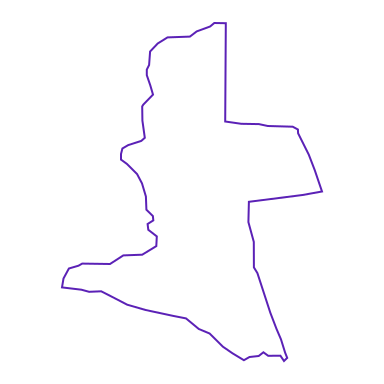 Maïné-Soroa, Diffa, Niger (orthographic projection)
{"feature_id": "23599985B74336618625682", "entity_name": "Maïné-Soroa", "entity_type": "district", "adm_level": 2, "iso_a3": "NER", "parent_name": "Niger", "parent_adm1": "Diffa", "projection": "orthographic", "projection_center": [11.886, 13.761], "detail": "fine", "context": "isolated", "style": "outline", "palette": "violet", "viewbox_px": 384, "rotation_deg": 0, "n_neighbors": 0, "source": "geoboundaries", "source_scale": "gbopen_adm2", "svg_char_len": 1124}
<svg xmlns="http://www.w3.org/2000/svg" viewBox="0 0 384 384"><path d="M150.1,51.5L149.1,65.0L146.8,69.6L146.8,75.2L150.3,85.4L153.0,94.6L143.3,104.6L142.2,106.4L142.4,120.6L144.8,137.8L141.3,140.9L128.2,145.1L122.4,148.5L121.0,154.0L121.0,159.6L127.0,164.0L137.1,174.1L142.0,183.4L145.9,196.5L146.4,209.7L152.9,216.1L153.3,220.4L147.6,224.0L148.3,229.8L156.8,236.4L156.3,246.1L142.2,254.7L123.3,255.4L110.0,264.0L82.2,263.6L78.5,265.7L68.9,268.5L63.5,278.5L62.0,287.4L81.4,289.7L89.1,291.8L101.2,291.3L111.2,296.4L127.2,304.7L145.6,310.0L173.2,315.9L186.0,318.4L198.8,329.0L209.6,333.5L222.9,346.7L232.5,353.3L243.9,360.2L249.5,357.0L258.7,356.0L263.4,352.3L268.2,355.8L280.4,355.7L284.0,361.0L284.4,360.6L287.2,357.9L285.1,352.6L281.0,339.4L276.5,328.9L270.3,312.7L257.4,273.1L253.9,267.4L253.8,241.9L248.4,222.1L248.9,201.8L302.5,195.0L322.0,191.5L314.8,170.3L308.8,154.7L298.1,133.3L297.9,129.5L292.7,126.7L267.8,126.0L258.9,124.1L241.3,123.8L225.2,121.5L225.8,25.4L225.8,23.2L225.4,23.2L214.3,23.0L210.1,26.5L196.7,31.4L189.9,36.6L167.5,37.4L157.7,43.5L150.1,51.5Z" fill="none" stroke="#5b21b6" stroke-width="2"/></svg>